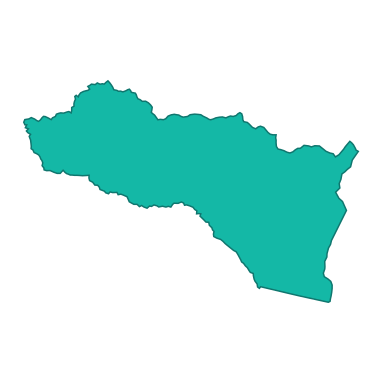 Abadiânia, Goiás, Brazil, rotated 179°
{"feature_id": "56859067B3268447032130", "entity_name": "Abadiânia", "entity_type": "district", "adm_level": 2, "iso_a3": "BRA", "parent_name": "Brazil", "parent_adm1": "Goiás", "projection": "mercator", "projection_center": [-48.665, -16.168], "detail": "fine", "context": "isolated", "style": "filled", "palette": "teal", "viewbox_px": 384, "rotation_deg": 179, "n_neighbors": 0, "source": "geoboundaries", "source_scale": "gbopen_adm2", "svg_char_len": 3971}
<svg xmlns="http://www.w3.org/2000/svg" viewBox="0 0 384 384"><g transform="rotate(179 192 192)"><path d="M237.2,176.6L234.7,178.7L232.7,178.3L230.3,179.7L227.2,178.8L225.5,177.6L221.8,178.3L218.3,177.4L215.9,178.1L213.4,177.3L211.6,179.9L210.2,181.1L206.1,180.9L202.8,182.2L200.6,181.1L199.7,178.9L197.7,179.2L194.6,178.2L191.2,176.7L189.6,174.5L187.5,173.1L187.8,170.1L185.6,170.3L183.6,170.0L184.4,167.7L180.6,163.9L178.6,161.7L175.8,161.4L175.2,158.3L172.8,156.0L172.1,153.7L170.7,152.3L171.3,149.5L171.0,147.1L167.9,145.4L164.2,144.1L161.8,142.1L159.9,140.0L158.2,138.5L153.4,134.5L151.5,132.9L148.8,131.4L147.1,128.5L144.3,123.0L143.6,121.2L141.7,119.8L139.9,117.2L138.0,115.4L136.3,112.4L135.1,110.6L132.2,109.5L132.1,107.3L131.4,103.8L130.6,101.8L128.5,98.9L128.1,95.9L126.3,94.5L125.0,96.1L97.3,89.0L85.8,86.1L57.6,79.4L55.9,80.2L55.4,83.0L54.8,85.4L54.1,89.1L53.6,92.9L53.5,96.5L54.8,100.2L57.5,102.6L61.2,105.0L62.1,108.5L60.6,112.7L60.4,115.0L60.5,120.3L58.3,124.6L58.1,128.0L56.5,133.6L54.4,137.2L53.4,141.1L52.3,143.2L37.9,170.9L41.7,179.9L43.2,181.3L45.2,183.1L48.4,189.3L44.1,193.4L44.7,197.8L42.9,202.0L41.8,207.4L38.7,209.6L36.4,211.8L33.0,214.4L31.2,221.1L25.0,229.7L27.2,231.0L27.9,232.8L29.8,236.4L31.6,238.5L33.3,239.9L37.1,235.6L38.4,234.0L39.5,232.3L44.4,226.7L48.0,224.6L50.2,227.8L53.5,228.6L57.4,230.4L60.3,232.9L61.9,234.2L63.8,235.8L68.4,236.1L71.9,235.0L74.4,236.0L79.2,236.7L82.9,233.8L85.5,233.8L88.1,232.3L90.4,230.4L93.4,229.3L96.5,230.2L99.3,231.7L102.8,232.9L105.2,233.4L106.8,236.0L107.1,239.6L107.0,242.5L107.4,244.7L106.9,247.7L110.2,247.8L112.8,248.4L115.0,250.2L117.3,253.1L119.1,255.3L122.4,256.6L124.7,255.9L127.2,254.1L130.4,255.5L132.2,257.4L133.8,259.1L135.5,260.6L139.0,261.4L139.9,263.3L140.1,266.5L140.9,269.3L142.7,270.5L144.6,269.5L146.5,267.7L149.5,266.8L152.2,267.3L154.4,266.6L156.8,265.5L160.3,266.5L163.4,266.3L166.9,265.7L169.5,264.6L172.1,263.9L173.9,264.4L175.6,265.6L177.8,266.7L179.6,267.6L181.8,269.1L184.8,269.5L188.0,269.8L190.1,269.6L192.5,269.3L195.1,267.6L199.5,267.0L201.9,267.9L203.9,269.2L205.9,269.5L208.4,270.0L211.5,269.5L214.6,268.3L217.0,265.7L219.3,264.8L222.5,265.2L224.9,264.8L226.1,266.7L228.1,269.6L229.9,271.0L231.3,272.3L230.7,274.8L230.3,277.5L231.9,279.8L234.0,281.9L236.8,283.6L240.1,283.5L242.4,285.3L244.4,286.1L245.4,288.0L246.0,290.1L246.9,291.8L249.0,292.3L250.9,292.7L251.6,294.4L252.8,295.9L254.5,295.4L256.5,294.3L259.4,293.3L261.6,294.1L263.8,294.0L265.3,294.9L268.4,295.6L269.4,298.1L270.7,300.3L272.4,302.7L274.1,304.6L276.1,303.1L277.9,301.4L279.6,301.8L282.1,301.4L284.8,302.7L286.9,301.1L290.7,301.6L292.1,300.5L294.3,299.4L292.5,296.7L294.1,295.5L296.5,295.0L298.8,294.4L301.7,293.0L303.4,290.8L304.1,289.1L306.1,290.7L307.5,289.6L306.9,286.8L307.9,284.7L308.5,282.4L308.5,279.8L310.8,278.6L310.9,275.4L311.5,273.2L313.7,274.6L315.9,274.1L318.9,273.1L321.9,273.4L323.8,273.0L326.2,272.2L327.3,269.9L330.2,268.6L331.5,266.8L334.4,268.5L337.5,270.0L339.2,270.2L340.7,268.8L342.4,266.6L344.3,265.3L345.9,266.1L348.1,267.7L351.4,269.2L353.9,267.9L356.1,267.6L357.9,267.3L359.0,264.7L357.9,262.1L356.1,262.0L357.5,259.2L354.5,258.0L356.5,255.9L355.0,254.1L352.4,252.5L353.8,250.5L353.2,248.7L352.5,246.9L352.1,243.1L351.9,240.5L352.1,238.1L350.3,236.8L349.2,234.2L346.8,233.1L344.6,231.7L343.4,229.8L342.6,227.6L341.5,226.1L340.7,223.7L341.4,220.9L339.7,218.7L339.5,216.7L337.1,215.9L333.5,215.9L329.6,214.1L326.6,213.0L323.5,212.9L320.5,216.0L318.6,213.8L317.1,212.6L315.4,212.0L313.5,211.1L311.3,211.0L309.0,210.7L306.9,210.7L304.1,210.5L301.2,210.2L298.4,210.3L294.6,210.5L294.8,207.8L294.2,205.2L291.1,203.5L289.0,200.6L286.2,200.4L284.6,198.4L283.9,196.1L281.6,195.2L279.5,194.3L278.3,192.7L275.5,191.7L273.9,193.5L271.3,192.8L267.0,192.9L265.9,190.6L263.2,191.1L260.7,190.1L258.8,189.2L257.1,188.5L256.2,186.5L254.9,183.3L253.0,182.2L250.4,180.7L247.1,180.6L244.8,178.3L242.6,179.4L240.3,177.8L237.2,176.6Z" fill="#14b8a6" stroke="#0f766e" stroke-width="1.5"/></g></svg>